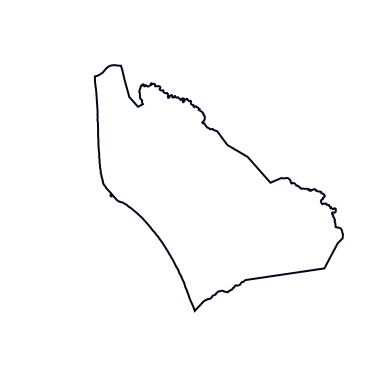 the district of Rangárþing eystra, Suðurland, Iceland, rotated 42°
{"feature_id": "244011B21062297179388", "entity_name": "Rangárþing eystra", "entity_type": "district", "adm_level": 2, "iso_a3": "ISL", "parent_name": "Iceland", "parent_adm1": "Suðurland", "projection": "orthographic", "projection_center": [-19.715, 63.654], "detail": "fine", "context": "isolated", "style": "outline", "palette": "ink", "viewbox_px": 384, "rotation_deg": 42, "n_neighbors": 0, "source": "geoboundaries", "source_scale": "gbopen_adm2", "svg_char_len": 6036}
<svg xmlns="http://www.w3.org/2000/svg" viewBox="0 0 384 384"><g transform="rotate(42 192 192)"><path d="M290.8,221.5L341.5,160.2L334.6,132.7L334.9,125.5L334.7,125.2L333.3,123.5L332.6,122.4L331.2,121.8L328.8,120.1L327.6,119.7L326.5,119.7L324.5,120.5L322.8,121.8L322.4,121.9L321.1,121.0L320.1,119.9L318.8,119.0L318.0,118.7L317.7,118.4L317.2,117.4L317.0,117.1L316.1,117.0L315.5,116.4L315.1,116.2L313.3,115.8L312.8,115.2L312.3,114.8L311.0,114.8L310.1,113.6L310.0,113.4L310.6,112.7L311.6,112.3L311.8,111.9L311.8,111.4L311.8,111.1L312.0,110.6L312.0,110.4L310.5,108.8L310.2,108.7L309.9,108.3L309.2,108.5L308.6,108.9L308.6,109.8L308.3,110.3L306.7,110.7L306.1,111.3L305.6,111.2L305.4,110.4L305.2,110.2L304.4,110.6L303.6,110.7L302.5,110.1L302.1,110.6L300.9,110.9L300.7,111.3L300.1,111.3L299.4,110.9L298.5,111.9L297.7,112.4L297.2,113.7L296.9,113.9L295.1,113.4L294.6,112.9L293.5,112.1L293.6,111.0L293.5,110.6L293.9,110.3L294.0,109.7L293.9,109.3L293.4,108.8L293.2,108.5L293.2,108.3L293.6,107.5L293.7,107.0L293.6,106.3L293.4,106.0L292.8,106.0L292.7,105.8L292.2,105.6L291.0,105.5L289.1,106.3L288.6,106.1L288.1,105.6L287.7,105.6L287.0,105.9L286.8,106.3L285.8,106.7L285.0,107.4L284.2,107.6L283.9,107.9L283.0,108.0L282.5,107.4L281.0,108.0L280.8,108.2L280.4,109.4L279.3,110.7L279.2,111.1L279.6,111.3L279.5,111.7L279.3,111.9L278.6,112.0L277.9,111.5L277.6,111.4L277.4,111.6L277.6,112.3L277.6,112.5L277.1,112.6L276.7,112.4L276.4,112.0L276.2,112.0L275.1,113.0L274.5,113.4L274.1,113.9L273.3,114.6L272.8,114.8L271.5,115.8L271.1,116.4L270.7,116.3L270.2,116.6L269.6,116.4L268.8,116.6L267.9,116.5L267.5,116.7L266.9,116.4L266.3,116.6L266.0,117.0L265.3,117.4L264.8,117.2L264.3,117.2L262.8,116.9L261.9,117.1L261.3,117.7L260.7,118.0L260.7,118.4L260.5,118.9L260.0,119.1L259.8,119.0L259.7,118.7L258.6,118.5L257.6,117.6L257.2,117.5L254.8,117.3L253.8,117.6L252.9,118.3L251.7,119.9L251.1,120.5L249.5,121.5L248.9,122.2L244.1,132.6L209.9,128.7L186.9,133.4L170.0,130.0L166.8,131.4L165.3,131.3L165.1,131.7L164.7,131.8L164.3,132.6L163.3,133.3L162.0,133.3L159.8,133.9L159.4,133.7L158.2,133.6L155.2,132.8L154.4,133.6L153.9,133.7L153.2,133.4L153.0,133.2L153.3,132.0L153.1,131.2L153.0,129.7L151.9,128.6L151.5,127.7L150.9,127.6L150.5,127.2L149.6,126.8L149.3,126.8L149.2,126.9L148.6,126.4L148.0,126.5L147.6,126.0L146.3,125.8L144.3,126.0L143.6,126.2L143.0,126.1L142.2,126.4L142.1,125.3L141.0,125.5L140.1,125.3L139.1,125.5L138.6,125.8L137.5,125.8L137.0,126.8L136.9,127.4L136.3,127.5L135.8,127.4L135.3,126.6L135.0,126.5L133.3,127.2L132.3,127.2L131.7,126.9L131.4,126.5L130.9,125.6L130.3,125.2L129.9,125.3L128.9,126.4L127.9,126.5L126.3,126.0L125.9,126.2L125.8,126.4L125.7,127.2L125.2,127.8L125.2,128.1L125.5,129.8L125.5,130.5L125.6,130.8L125.4,131.2L124.7,131.1L123.9,129.9L123.9,129.5L124.4,128.8L124.4,128.7L124.1,128.2L123.3,128.1L122.8,128.3L122.2,129.1L122.1,129.5L122.1,130.8L122.0,131.2L121.7,131.2L120.3,130.8L119.5,131.2L118.3,131.0L118.0,131.2L117.2,132.3L116.9,132.4L116.0,132.5L115.4,132.1L115.0,132.1L114.8,132.3L114.9,132.6L115.2,133.0L115.3,133.4L115.2,133.9L114.5,134.6L113.6,134.5L112.6,133.6L111.8,133.8L111.6,134.1L111.2,135.8L111.4,136.5L111.8,136.7L111.8,137.0L111.7,137.5L111.3,137.9L110.4,137.4L110.2,137.2L109.9,136.4L109.6,136.2L108.5,135.4L107.5,135.0L107.2,135.1L106.6,136.1L106.1,136.4L104.1,136.9L102.7,135.7L102.4,135.9L101.6,136.8L100.8,137.3L99.7,137.6L99.1,137.2L98.9,136.1L98.6,135.5L98.1,135.2L97.4,135.2L96.7,135.4L96.3,135.7L95.7,136.5L93.8,138.0L93.4,137.7L92.9,137.0L92.0,136.8L91.2,137.2L90.4,138.0L89.0,138.5L88.9,138.9L89.0,139.1L89.7,139.1L90.1,139.3L90.1,139.7L89.5,140.9L89.0,142.7L88.5,143.2L88.2,143.3L86.3,143.5L86.1,143.6L86.1,143.9L86.3,144.9L85.9,145.3L85.1,145.2L84.2,144.5L83.8,144.6L83.4,145.0L83.4,145.5L83.7,146.1L83.0,146.8L83.6,148.4L84.0,149.3L85.7,152.9L86.6,153.0L90.9,157.2L93.6,157.3L94.2,158.1L95.1,158.9L95.6,159.2L96.7,159.6L94.9,164.8L81.9,163.4L66.3,153.4L58.6,148.0L54.7,145.7L52.8,147.3L49.5,149.6L48.1,151.1L46.9,152.6L46.5,153.4L45.8,155.6L45.6,157.7L45.6,159.3L45.8,162.3L45.7,163.5L45.4,164.6L44.5,167.6L44.0,168.9L43.4,169.9L42.5,171.1L46.7,175.6L47.9,176.4L50.2,178.6L50.8,178.9L53.5,181.3L66.6,194.0L69.0,196.5L70.0,197.7L71.9,199.6L73.7,201.9L75.1,202.9L77.2,205.0L78.9,206.9L80.2,208.1L82.4,210.6L83.2,211.6L85.5,213.9L85.8,214.3L88.4,216.7L89.7,218.3L93.6,222.2L94.8,223.2L96.3,224.8L96.7,225.0L97.9,226.0L99.0,227.5L100.5,228.9L101.5,229.6L103.6,232.0L104.7,232.8L107.8,235.8L109.0,236.5L110.1,237.5L111.7,239.1L113.5,240.1L114.1,240.9L115.4,241.5L117.2,242.8L117.8,243.0L119.5,244.6L121.2,245.4L123.9,245.9L125.8,246.5L133.1,247.2L133.3,247.3L133.3,248.3L133.9,249.2L134.1,249.1L133.5,248.3L133.4,248.0L133.4,247.4L133.6,247.5L134.5,247.3L135.6,247.7L135.5,248.1L135.4,248.4L134.8,249.0L135.0,249.2L135.4,248.7L135.6,248.4L135.7,247.8L135.9,247.7L137.1,247.7L141.5,248.3L142.8,248.0L144.3,248.0L144.7,247.6L148.0,246.1L152.7,245.2L154.4,245.3L157.8,244.8L165.1,244.5L173.2,244.7L180.6,245.5L184.5,246.0L186.5,246.5L187.8,246.6L188.4,246.9L190.7,246.9L195.2,247.8L197.1,247.9L197.6,248.2L204.7,249.7L214.1,252.4L217.6,253.6L218.5,253.7L220.3,254.5L223.0,255.2L230.6,258.2L233.5,258.9L237.6,261.1L239.4,261.4L241.9,262.7L247.0,264.8L250.7,267.1L255.7,269.4L255.9,269.7L257.7,270.5L260.6,272.2L264.0,273.9L269.6,276.3L273.6,278.5L273.7,272.7L273.8,270.7L273.8,266.7L274.0,265.1L274.3,263.7L275.4,261.5L275.4,260.8L276.5,260.0L276.9,259.2L277.0,258.5L277.2,257.8L277.0,257.2L277.1,256.4L276.8,255.9L276.8,255.1L276.9,254.7L277.6,253.8L277.9,253.3L277.8,252.8L278.1,252.1L278.1,251.9L277.8,251.2L277.8,250.9L277.8,250.3L278.1,249.3L278.1,248.5L280.1,245.5L281.2,244.7L282.3,244.5L284.6,243.3L285.7,242.5L285.6,241.5L285.8,241.1L285.9,240.5L286.1,240.3L286.1,239.8L286.4,238.9L286.8,238.5L287.0,238.2L286.8,237.7L286.9,236.7L286.7,236.4L286.8,235.8L287.1,235.3L287.2,234.7L286.7,233.0L287.1,232.0L288.8,230.8L289.3,229.5L289.5,229.3L289.7,228.7L289.5,228.1L289.6,227.5L289.3,227.0L289.4,225.8L289.6,225.3L289.6,225.2L290.3,224.5L290.4,222.8L290.8,221.5Z" fill="none" stroke="#020617" stroke-width="2"/></g></svg>